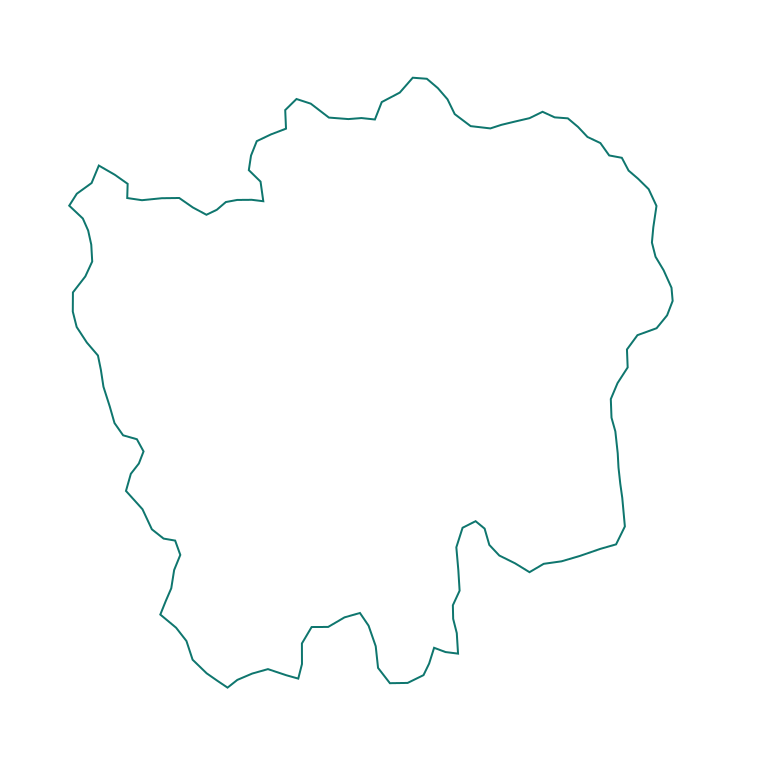 Frei Lagonegro, Minas Gerais, Brazil (Natural Earth projection), rotated 352°
{"feature_id": "56859067B57712394060439", "entity_name": "Frei Lagonegro", "entity_type": "district", "adm_level": 2, "iso_a3": "BRA", "parent_name": "Brazil", "parent_adm1": "Minas Gerais", "projection": "natural_earth1", "projection_center": [-42.759, -18.147], "detail": "fine", "context": "isolated", "style": "outline", "palette": "teal", "viewbox_px": 768, "rotation_deg": 352, "n_neighbors": 0, "source": "geoboundaries", "source_scale": "gbopen_adm2", "svg_char_len": 1942}
<svg xmlns="http://www.w3.org/2000/svg" viewBox="0 0 768 768"><g transform="rotate(352 384 384)"><path d="M348.2,681.1L365.8,683.3L382.6,677.8L389.8,667.1L396.9,652.2L407.6,658.0L419.8,661.3L421.4,640.8L419.8,626.2L421.4,612.7L430.1,599.2L431.7,578.7L432.9,555.8L441.8,537.3L455.6,532.6L463.5,541.2L465.9,558.0L474.3,569.9L488.8,579.8L501.9,590.6L517.1,584.3L535.1,584.3L554.1,581.5L575.1,577.4L591.5,575.1L602.7,558.6L604.1,529.9L604.1,515.5L604.6,499.2L605.8,485.2L606.5,463.1L604.6,449.0L606.5,430.5L615.4,415.6L627.6,401.5L629.4,383.6L641.8,370.9L661.7,366.7L673.9,355.4L681.4,341.9L682.1,328.7L676.7,310.2L670.6,295.8L669.0,281.2L672.5,266.3L678.6,245.6L673.2,227.9L664.1,216.0L655.9,206.7L651.0,193.1L638.8,189.0L631.8,175.5L619.9,167.7L611.9,156.4L603.0,146.5L590.1,143.7L578.9,136.5L565.1,141.0L550.6,142.3L536.3,143.7L524.9,145.7L505.7,140.7L491.6,126.6L486.5,110.9L478.5,98.5L468.9,87.7L455.1,84.7L440.2,97.6L421.0,104.5L411.8,120.8L398.7,117.5L385.6,116.7L366.5,112.5L350.5,96.2L337.0,89.6L324.3,99.0L322.5,117.5L306.8,121.1L291.8,125.8L284.1,139.3L279.9,153.4L289.9,166.4L289.9,186.2L278.7,183.2L264.2,181.3L252.7,181.8L242.7,188.2L231.7,191.7L219.3,182.6L207.1,171.3L189.8,169.1L169.9,168.3L155.6,164.1L158.0,150.1L146.5,139.3L132.0,128.0L122.4,144.3L106.3,152.8L97.1,163.6L108.8,178.2L112.4,190.9L113.5,205.3L112.1,222.1L103.2,235.9L88.7,250.0L85.9,269.0L87.6,284.8L95.5,301.6L104.7,316.0L105.6,330.6L105.8,347.7L109.3,368.1L111.7,385.2L118.5,398.5L131.6,404.3L136.5,417.3L130.2,428.6L120.8,437.7L113.6,454.0L127.4,474.4L133.9,495.6L144.2,506.4L155.4,510.0L158.5,524.9L150.3,539.0L144.9,556.7L137.7,568.5L130.4,581.2L144.2,596.4L152.6,611.0L156.1,630.4L168.1,645.8L177.9,654.9L186.8,662.9L197.6,656.6L213.2,652.4L229.4,650.2L246.7,658.8L258.1,663.8L263.8,649.9L266.6,629.5L278.5,614.6L294.9,616.8L312.4,609.6L328.3,607.4L335.1,621.2L339.3,642.5L338.6,664.3L348.2,681.1Z" fill="none" stroke="#0f766e" stroke-width="2"/></g></svg>